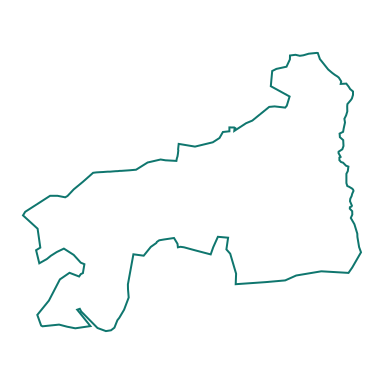 Musawa, Katsina, Nigeria
{"feature_id": "59680162B51512347513243", "entity_name": "Musawa", "entity_type": "district", "adm_level": 2, "iso_a3": "NGA", "parent_name": "Nigeria", "parent_adm1": "Katsina", "projection": "orthographic", "projection_center": [7.719, 12.112], "detail": "fine", "context": "isolated", "style": "outline", "palette": "teal", "viewbox_px": 384, "rotation_deg": 0, "n_neighbors": 0, "source": "geoboundaries", "source_scale": "gbopen_adm2", "svg_char_len": 2328}
<svg xmlns="http://www.w3.org/2000/svg" viewBox="0 0 384 384"><path d="M23.0,215.4L37.6,228.7L40.3,247.6L36.1,250.2L39.3,263.3L46.9,259.0L50.8,255.8L56.8,252.0L63.9,248.6L73.7,254.9L80.8,262.7L84.4,264.2L82.9,273.1L80.8,274.1L79.1,276.5L69.5,272.8L59.9,279.4L48.9,300.6L37.3,314.9L41.1,325.5L42.5,326.3L59.1,324.6L67.1,326.7L75.3,328.3L90.4,326.1L77.2,309.7L79.8,308.8L81.2,311.5L97.5,328.0L105.9,331.1L111.0,330.3L114.4,327.7L117.4,320.2L119.3,317.8L124.1,309.7L128.7,297.5L128.0,289.3L127.9,284.4L133.4,254.3L143.7,255.7L150.8,246.9L156.3,243.0L156.9,241.9L159.2,240.3L163.9,239.5L174.0,238.0L177.5,243.8L177.9,247.3L180.5,246.8L184.0,247.3L195.4,250.4L210.7,254.4L213.2,247.3L217.9,236.8L228.1,237.7L226.4,249.4L230.2,253.7L236.1,273.7L235.7,284.2L265.9,282.1L285.2,280.4L296.2,275.5L321.3,271.3L348.5,272.9L352.3,267.4L361.0,252.3L359.1,247.1L357.4,236.9L357.3,233.7L354.4,224.2L350.8,218.0L352.3,214.6L352.2,211.2L349.8,208.7L349.9,207.2L351.5,206.5L351.9,205.7L350.0,201.2L350.3,198.7L351.6,196.1L352.2,193.8L353.5,190.9L353.1,189.6L352.0,188.5L349.1,186.8L347.3,186.0L346.4,183.1L346.4,173.8L347.8,171.1L348.4,166.6L346.0,165.7L343.1,162.7L341.0,162.0L339.4,160.2L339.4,157.5L340.6,156.9L338.5,153.0L338.6,151.7L342.3,149.3L343.5,146.0L343.2,140.1L339.9,137.2L339.6,133.6L343.1,131.8L343.7,128.4L345.0,122.5L344.4,118.8L346.1,115.4L347.3,111.4L347.2,106.3L347.4,104.1L350.8,100.1L351.9,98.5L353.0,94.9L353.0,91.5L350.1,89.0L348.7,86.7L346.3,83.6L342.9,83.8L340.7,83.9L341.2,81.4L338.8,77.6L337.3,76.4L334.9,74.9L332.2,72.9L328.2,69.5L319.9,59.1L317.8,53.0L316.8,52.9L308.8,53.7L303.3,55.3L299.8,55.8L295.5,54.8L290.0,55.5L289.9,59.4L286.5,66.7L276.4,68.9L272.2,71.0L270.8,86.2L289.6,96.5L286.8,105.7L285.2,107.6L274.6,106.4L269.2,106.9L252.3,120.6L246.1,123.2L234.3,130.9L234.5,129.1L235.2,128.1L234.3,127.5L229.4,127.4L229.4,131.3L222.9,132.0L219.5,138.0L212.8,142.3L195.0,146.6L178.7,143.9L178.1,149.4L178.3,150.3L177.9,153.9L177.5,156.4L176.8,158.6L176.4,160.9L165.5,160.3L160.6,159.5L147.6,162.5L136.1,169.7L129.4,170.3L123.6,170.7L120.8,170.9L119.6,170.9L118.0,171.1L115.6,171.2L113.1,171.4L109.6,171.7L107.3,171.7L104.5,171.9L103.4,172.0L101.3,172.1L96.3,172.4L93.1,172.8L82.8,181.9L73.7,189.4L67.5,196.0L65.2,197.3L57.5,195.8L50.1,195.8L25.2,211.8L23.0,215.4Z" fill="none" stroke="#0f766e" stroke-width="2"/></svg>